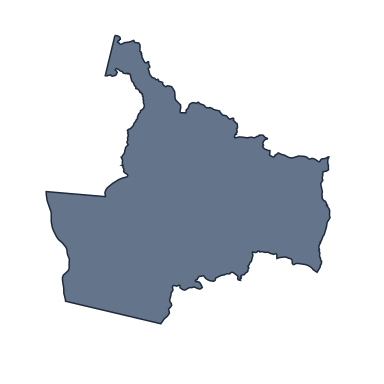 Katanga, Albers equal-area conic projection, rotated 193°
{"feature_id": "COD-1897", "entity_name": "Katanga", "entity_type": "Province", "adm_level": 1, "iso_a3": "COD", "parent_name": "Democratic Republic of the Congo", "parent_adm1": "", "projection": "albers", "projection_center": [26.036, -9.229], "detail": "fine", "context": "isolated", "style": "filled", "palette": "slate", "viewbox_px": 384, "rotation_deg": 193, "n_neighbors": 0, "source": "natural_earth", "source_scale": "10m", "svg_char_len": 6031}
<svg xmlns="http://www.w3.org/2000/svg" viewBox="0 0 384 384"><g transform="rotate(193 192 192)"><path d="M290.6,57.1L291.7,59.9L294.1,64.5L295.4,69.6L298.4,77.0L299.0,79.7L298.6,82.1L295.2,87.1L294.5,89.1L294.6,90.4L295.5,94.0L296.4,99.0L299.4,103.4L301.0,107.7L301.7,108.9L302.7,110.0L306.9,113.3L311.3,115.6L313.7,117.7L318.2,123.1L320.1,126.0L322.4,131.2L324.6,140.4L331.2,151.0L333.4,156.7L334.2,159.6L276.1,167.9L275.3,168.2L276.7,171.7L276.5,174.5L275.3,177.3L271.2,182.6L266.0,187.8L263.0,189.9L258.8,192.1L258.2,193.3L258.7,194.5L261.5,195.4L262.6,196.0L263.3,196.8L263.4,198.9L264.7,200.2L265.1,201.9L266.5,202.1L265.4,202.7L266.1,203.7L266.6,205.1L266.8,207.6L267.3,208.2L268.0,208.7L268.1,209.2L268.9,210.0L268.3,210.4L268.0,211.0L267.7,212.3L266.7,214.4L266.7,219.9L266.4,221.2L264.8,223.7L266.5,225.5L266.6,226.1L266.3,227.8L266.4,228.6L267.1,230.7L266.6,232.0L266.9,232.5L266.8,233.3L267.9,234.7L267.7,236.1L268.8,237.2L268.6,237.9L267.7,239.0L266.4,239.6L264.2,243.3L263.9,245.8L263.4,247.2L262.7,248.0L262.7,249.4L261.7,251.1L262.0,253.5L261.6,254.4L261.6,255.8L260.4,257.8L260.2,258.5L260.5,259.7L259.5,260.5L257.9,262.8L257.8,265.1L258.5,266.8L259.3,267.9L259.9,269.8L259.7,270.3L260.5,271.3L260.8,273.5L261.9,274.4L262.1,276.0L262.5,276.5L262.9,276.3L263.5,276.5L264.4,277.8L265.1,277.4L265.5,277.7L266.1,278.9L268.0,280.1L268.7,280.2L269.8,280.1L270.1,280.3L270.3,281.7L272.2,283.0L273.4,285.2L275.2,286.2L276.0,287.2L278.8,292.8L279.8,293.0L280.9,292.6L281.2,293.3L283.1,292.4L285.7,292.4L287.2,293.7L289.1,293.8L291.2,294.9L293.3,295.3L294.1,294.5L294.1,293.3L292.7,292.9L291.7,291.5L292.6,288.5L295.8,286.8L296.6,287.0L297.5,287.7L299.7,286.9L300.7,286.1L302.7,285.8L302.3,326.3L301.8,327.3L299.3,327.4L297.4,326.7L296.7,326.2L296.2,324.7L296.9,324.4L297.0,323.2L298.0,322.6L298.3,321.7L298.0,321.1L297.1,321.1L295.4,319.9L294.7,319.9L293.9,320.2L291.5,322.3L287.1,323.9L284.1,325.7L283.2,326.6L282.7,326.5L281.9,325.2L281.3,324.9L277.3,325.2L275.9,323.8L275.4,322.4L274.5,317.7L274.2,317.2L273.0,316.9L272.7,315.8L272.1,315.5L272.3,314.2L271.6,313.8L271.1,312.3L268.5,309.0L267.3,307.7L265.8,307.4L265.4,307.6L264.6,308.9L263.7,309.1L263.3,308.8L263.3,307.2L261.4,304.9L261.2,304.0L262.4,302.7L262.4,301.9L261.1,300.2L259.7,297.2L256.6,294.6L253.9,294.4L252.3,293.3L251.5,293.5L250.6,294.2L249.9,293.6L249.3,292.5L245.2,292.2L244.9,290.7L244.5,290.1L242.1,288.8L241.3,288.7L239.9,289.9L238.9,290.1L236.1,290.1L235.2,289.8L231.6,286.1L230.1,281.7L230.0,280.4L228.5,277.9L222.7,274.2L221.9,271.5L221.9,268.8L221.6,267.4L221.0,266.6L217.4,267.5L216.1,267.4L215.7,267.9L216.1,270.7L214.8,272.3L214.5,273.6L214.3,276.2L213.7,277.4L212.6,278.5L211.4,279.2L210.1,279.5L207.8,279.3L206.5,280.7L205.9,280.9L204.2,279.8L200.5,279.4L199.4,279.0L197.8,277.7L197.1,277.5L194.7,277.7L193.4,278.4L192.4,278.1L191.3,278.1L189.3,277.2L183.5,277.2L183.0,276.9L182.6,275.9L181.4,275.3L179.5,273.7L177.9,274.0L175.5,273.9L172.3,271.6L170.9,271.6L170.4,272.4L169.7,272.6L169.0,273.1L168.4,273.2L167.9,272.9L167.7,272.5L167.9,271.2L165.6,269.9L164.9,269.1L163.6,268.9L163.1,268.1L162.2,265.4L162.2,264.6L162.7,263.5L161.6,261.0L161.5,260.2L162.4,259.0L161.7,258.2L163.0,257.4L162.9,254.9L162.5,254.6L161.5,254.7L158.6,256.2L156.7,256.6L152.2,257.1L151.0,257.0L147.4,258.5L146.2,258.8L143.8,258.8L142.6,259.3L141.4,260.7L140.1,261.2L139.2,262.6L138.2,262.7L136.9,263.2L135.5,263.3L133.1,261.6L130.7,261.2L130.5,260.6L132.2,259.9L133.8,257.4L133.9,255.4L133.8,254.8L132.8,253.7L132.8,253.3L133.4,252.3L133.1,251.7L130.7,250.1L128.9,250.0L127.2,249.6L125.4,249.9L124.8,247.1L125.0,245.9L124.3,245.2L121.5,244.5L120.4,244.4L119.8,244.7L119.2,246.8L117.9,247.7L117.3,249.1L116.3,249.5L113.7,248.8L110.2,248.7L105.6,247.5L104.4,247.4L101.8,247.8L96.3,251.0L90.6,252.0L88.0,251.8L85.6,250.5L84.8,250.4L82.8,251.7L81.6,251.9L79.2,251.5L75.7,250.1L74.5,250.2L73.6,252.8L72.7,253.6L69.5,254.7L67.7,256.5L67.1,256.9L66.4,256.9L66.8,255.6L66.9,254.3L66.5,251.5L65.6,249.4L65.0,248.7L64.9,247.5L64.0,244.3L65.8,242.5L68.8,241.3L68.7,239.5L68.9,239.2L68.4,238.4L68.3,234.6L67.2,233.1L67.2,232.4L68.1,230.6L68.4,228.8L64.9,221.2L65.1,220.1L63.5,214.8L61.3,213.1L60.2,213.1L58.3,211.0L58.0,210.1L57.9,209.1L57.0,209.5L56.6,208.2L54.5,206.2L53.7,204.9L52.6,199.5L51.7,198.2L53.5,192.6L53.1,188.1L53.6,180.2L54.4,178.2L55.0,173.8L55.9,171.8L55.3,171.6L56.0,169.1L56.1,167.7L55.9,166.4L54.7,164.3L55.4,163.7L53.8,161.6L53.3,158.2L51.9,156.3L51.4,154.5L50.1,153.7L50.0,153.1L49.8,151.0L50.5,149.7L50.2,148.5L50.4,147.0L52.1,141.9L56.5,143.6L58.1,144.9L60.1,145.9L63.3,146.7L65.5,146.8L73.0,146.2L74.7,145.6L76.5,144.1L77.2,144.1L78.3,145.1L78.9,147.6L79.7,148.7L80.9,149.1L83.1,149.2L85.4,149.7L87.5,149.4L92.1,147.7L94.3,146.3L95.2,149.8L95.7,150.5L96.4,150.8L98.6,149.5L99.9,149.8L101.4,149.7L104.3,150.4L107.2,149.6L110.4,149.7L112.5,148.8L113.7,149.6L114.6,149.1L115.3,148.0L116.3,147.3L119.4,147.2L119.5,146.5L118.4,144.0L118.6,137.6L119.5,136.5L120.2,133.1L120.8,132.2L120.5,131.6L119.5,131.0L120.0,129.3L119.8,127.2L120.1,126.6L121.1,125.8L122.6,123.1L124.6,122.4L125.1,122.0L125.5,120.6L125.0,120.4L125.5,120.0L124.6,119.0L124.9,118.5L125.6,118.3L125.4,117.3L125.0,116.8L126.7,116.7L127.5,117.1L128.0,117.8L128.1,119.8L128.5,120.4L132.5,122.3L134.0,122.8L135.1,122.8L135.9,122.3L136.9,120.7L139.7,120.2L142.0,118.4L144.7,117.4L149.2,113.8L149.5,113.5L149.6,111.2L150.2,110.4L151.1,109.8L154.6,109.6L156.9,110.0L159.3,110.9L161.5,112.8L162.0,112.9L166.1,111.3L167.1,109.1L167.2,107.9L168.8,106.8L168.8,106.2L168.2,105.6L165.2,106.0L164.9,105.7L163.8,105.3L161.5,102.8L160.5,101.3L161.3,100.1L162.5,99.2L164.8,99.2L168.0,99.9L168.9,99.8L170.8,98.7L173.0,98.3L176.6,95.0L177.4,94.7L178.9,94.8L181.7,95.8L182.3,96.4L182.5,97.8L183.1,98.3L183.8,98.2L185.6,96.8L188.5,96.9L189.2,96.5L189.6,95.7L189.7,94.9L188.6,92.6L188.5,91.7L189.6,89.1L189.3,86.2L189.5,82.0L189.0,80.4L187.1,78.7L186.3,77.1L187.0,74.9L188.6,72.7L187.0,69.8L186.8,68.7L188.0,65.6L190.7,61.8L192.7,56.6L290.6,57.1Z" fill="#64748b" stroke="#1e293b" stroke-width="1.5"/></g></svg>